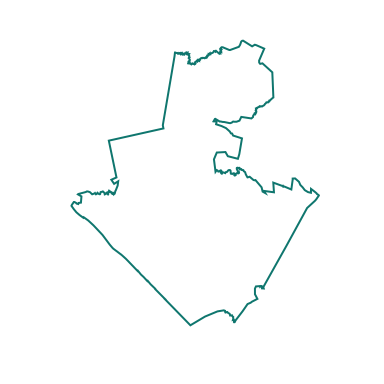 outline of Palsmanes pag., Smiltenes, Latvia, rotated 250°
{"feature_id": "27541924B2832200646893", "entity_name": "Palsmanes pag.", "entity_type": "district", "adm_level": 2, "iso_a3": "LVA", "parent_name": "Latvia", "parent_adm1": "Smiltenes", "projection": "orthographic", "projection_center": [26.198, 57.386], "detail": "fine", "context": "isolated", "style": "outline", "palette": "teal", "viewbox_px": 384, "rotation_deg": 250, "n_neighbors": 0, "source": "geoboundaries", "source_scale": "gbopen_adm2", "svg_char_len": 6018}
<svg xmlns="http://www.w3.org/2000/svg" viewBox="0 0 384 384"><g transform="rotate(250 192 192)"><path d="M67.3,144.9L70.5,161.7L71.1,175.1L70.6,177.7L69.9,181.5L69.2,182.0L69.0,182.4L67.7,182.1L67.3,182.2L67.2,182.7L67.3,183.7L67.2,184.1L65.8,184.7L64.9,185.6L64.2,185.8L62.9,185.6L62.4,187.4L61.8,187.3L60.5,188.0L59.8,187.6L59.0,187.6L57.9,186.8L57.9,187.5L57.5,187.7L55.4,186.9L55.2,187.0L55.1,187.6L56.5,189.1L62.6,198.7L67.7,205.9L67.9,209.3L68.4,210.7L69.2,216.9L74.4,216.2L79.7,218.1L81.4,219.8L80.4,223.5L79.6,223.5L80.1,224.7L79.7,225.4L79.3,225.6L77.5,224.8L76.8,226.4L78.5,226.5L78.6,226.9L109.1,262.3L137.6,294.7L141.7,304.6L142.6,306.2L145.3,310.0L145.9,309.9L147.5,308.7L148.2,308.6L150.3,307.4L154.2,304.9L150.6,303.5L152.2,301.0L155.2,298.6L158.5,297.6L161.6,296.2L165.0,296.0L169.5,293.5L170.2,291.2L169.1,290.8L160.4,286.2L165.6,280.6L165.7,279.6L166.8,279.6L167.0,278.7L173.0,271.6L163.7,268.9L168.4,260.0L165.9,260.5L168.2,258.5L172.6,259.0L181.5,255.7L181.6,254.8L182.2,253.9L186.6,251.4L186.7,249.2L186.8,249.1L190.2,248.6L192.5,248.7L193.8,247.8L195.0,247.7L195.6,246.4L196.6,246.2L196.7,244.8L196.9,244.6L197.4,244.5L198.0,245.0L198.5,244.8L198.8,243.6L199.3,243.0L199.3,242.4L199.1,242.2L197.8,241.9L196.1,242.3L195.1,241.8L194.8,242.1L194.8,242.9L194.0,242.8L193.7,242.5L193.6,242.0L194.3,240.5L194.0,239.6L194.3,238.8L193.0,238.8L192.8,238.0L192.9,237.7L193.2,237.5L194.8,238.0L195.2,237.9L195.4,237.4L195.2,236.1L195.5,236.0L195.7,235.0L196.0,234.8L199.0,235.5L199.7,235.1L200.0,233.9L199.8,233.2L199.0,232.0L198.9,231.4L199.1,230.5L199.0,230.2L198.4,229.7L200.5,227.1L200.1,226.8L199.3,226.7L199.0,226.3L199.5,225.9L200.6,225.7L201.0,225.8L201.2,226.2L202.0,226.8L202.5,226.5L202.5,225.9L202.1,224.4L202.2,223.7L203.5,223.3L204.1,222.8L202.9,221.0L215.2,223.8L220.6,228.8L218.1,237.1L213.4,237.9L207.5,246.5L211.4,249.4L225.3,257.3L231.0,249.9L233.2,249.7L233.8,248.6L235.9,248.2L240.4,245.8L243.9,242.3L247.4,237.8L249.6,239.1L250.6,238.0L250.7,236.9L251.0,236.4L252.8,238.5L252.8,238.9L248.7,242.2L248.5,243.0L247.5,244.5L246.7,246.3L243.8,251.0L243.6,251.6L243.6,253.2L244.1,254.3L244.0,255.1L243.7,255.4L242.8,257.9L242.8,261.0L245.7,264.0L240.8,273.0L241.6,275.0L242.8,275.6L243.9,277.1L243.7,277.1L243.3,277.9L243.5,278.1L243.8,277.8L244.4,277.9L244.3,278.8L244.8,279.0L244.8,279.5L245.7,280.0L246.6,279.7L246.8,280.0L247.0,279.9L247.5,280.3L248.6,280.6L248.5,280.9L248.8,281.4L248.4,281.8L249.0,282.6L249.0,283.5L249.3,284.4L249.1,284.6L249.3,284.8L249.0,285.0L248.9,285.4L249.1,285.8L249.0,286.3L248.5,286.8L248.4,287.3L248.7,288.2L248.8,289.2L249.3,290.2L249.8,290.7L250.1,291.7L250.8,292.6L250.2,294.1L250.5,294.4L250.5,294.8L250.8,295.0L250.7,295.5L251.4,295.9L251.3,296.2L251.4,296.4L251.3,296.6L251.8,297.3L251.9,297.9L252.1,298.2L252.9,300.3L253.0,300.8L277.0,308.4L288.8,302.2L289.1,299.9L290.6,299.4L292.5,300.0L302.0,308.9L308.0,302.6L308.9,301.4L308.3,298.3L316.7,291.8L316.8,291.5L316.9,290.7L316.5,289.7L313.9,287.6L312.4,285.7L312.4,276.3L312.7,275.6L317.4,270.5L317.9,269.5L317.7,268.7L317.3,268.1L317.1,268.5L316.9,268.4L316.3,267.6L316.0,267.7L315.7,268.2L315.5,267.9L315.5,267.4L314.9,267.6L314.7,267.6L314.5,267.1L314.0,267.3L313.8,266.8L313.5,266.9L313.7,266.4L313.1,266.3L313.1,265.7L312.7,265.7L313.0,265.3L312.7,264.9L316.5,262.8L316.4,262.4L315.8,262.3L315.7,262.0L316.6,261.7L316.5,261.3L316.9,260.7L316.3,260.1L315.7,259.0L315.9,256.8L315.2,256.5L315.4,256.0L315.4,255.5L316.1,255.8L315.9,255.3L315.5,255.2L316.0,254.7L314.8,254.0L315.0,253.4L314.6,252.8L314.7,252.7L314.4,252.5L314.2,252.0L313.8,252.5L313.2,251.7L313.5,251.5L313.3,249.7L314.0,249.1L314.2,247.6L314.6,247.4L314.6,245.9L314.4,245.7L314.2,246.1L314.2,245.2L313.6,244.9L313.9,244.3L313.2,243.9L313.8,243.6L314.0,243.2L312.9,243.2L313.9,241.9L313.8,241.5L313.5,241.4L313.2,241.7L312.8,241.5L313.3,241.0L313.1,239.7L312.9,239.3L311.7,239.4L311.4,239.1L311.2,238.8L311.1,238.1L311.8,238.0L311.9,237.8L311.8,237.2L312.7,236.5L312.8,236.3L312.3,235.8L312.4,235.4L312.2,235.0L312.6,234.8L313.2,234.2L314.1,234.2L313.8,233.1L314.2,232.4L314.9,232.9L314.9,233.5L315.3,233.5L315.5,233.2L315.8,233.3L315.9,233.7L315.6,233.9L315.5,234.3L316.3,234.4L316.7,235.1L317.2,235.2L318.3,234.9L319.0,235.2L319.2,234.9L319.6,235.3L319.6,235.8L320.5,235.7L321.4,236.1L321.8,235.6L322.4,235.8L322.6,235.4L322.9,236.2L323.3,235.6L323.9,235.5L323.8,235.1L323.0,234.8L323.6,234.1L324.6,235.2L324.7,234.5L325.1,234.3L324.7,233.7L324.7,233.2L324.3,233.3L324.7,232.7L323.9,231.9L324.6,231.5L324.6,231.0L324.1,230.8L324.1,230.4L324.5,230.2L325.1,230.8L325.3,230.2L325.8,230.2L325.5,229.5L326.3,229.8L326.4,229.2L325.8,228.1L326.1,227.9L326.8,228.1L326.9,226.9L326.6,226.8L326.6,226.3L327.5,226.3L327.6,225.5L328.2,224.7L328.2,224.4L328.8,224.0L328.9,223.7L325.5,222.0L264.7,187.4L261.5,186.9L268.7,131.4L231.5,126.0L231.1,120.4L226.3,121.6L227.3,126.3L223.4,124.3L219.7,121.0L219.2,120.4L216.9,118.8L216.8,118.5L217.5,118.9L217.7,118.7L216.8,117.8L217.2,117.4L216.9,117.2L217.1,116.9L217.7,117.1L217.6,116.7L218.0,116.2L218.8,116.6L219.1,116.5L220.1,115.5L219.8,115.0L220.1,114.7L220.4,114.7L220.7,115.1L221.6,114.5L221.3,114.2L220.4,113.9L220.3,113.7L220.6,112.9L220.2,112.5L218.7,112.6L218.4,112.3L218.7,111.9L220.0,111.7L220.5,111.4L219.7,109.9L219.6,109.4L219.6,109.2L220.9,109.4L222.9,108.6L223.1,108.2L222.9,107.5L223.2,106.5L223.1,106.0L221.5,105.0L221.4,104.6L222.2,103.6L223.6,102.9L222.7,101.6L222.7,100.9L224.2,100.5L224.0,100.1L224.0,99.1L224.0,97.4L226.8,96.0L228.2,94.2L228.5,93.3L228.3,92.2L229.0,84.5L228.8,84.0L225.7,86.6L220.0,84.0L220.5,81.7L219.6,81.0L220.6,79.6L221.3,79.4L222.4,78.5L222.8,78.1L223.0,77.5L220.9,74.6L220.2,74.0L216.2,75.1L212.5,76.4L208.9,78.4L204.9,81.1L205.3,81.6L200.8,84.7L194.4,88.0L182.3,93.2L170.7,96.7L166.9,98.1L165.6,98.7L156.8,104.4L151.7,107.1L136.3,113.9L136.5,114.2L131.9,115.8L128.8,117.4L123.5,119.6L123.7,120.0L119.5,121.5L113.6,124.4L113.3,124.2L112.7,124.5L102.9,129.0L100.6,130.1L100.6,129.9L67.3,144.9Z" fill="none" stroke="#0f766e" stroke-width="2"/></g></svg>